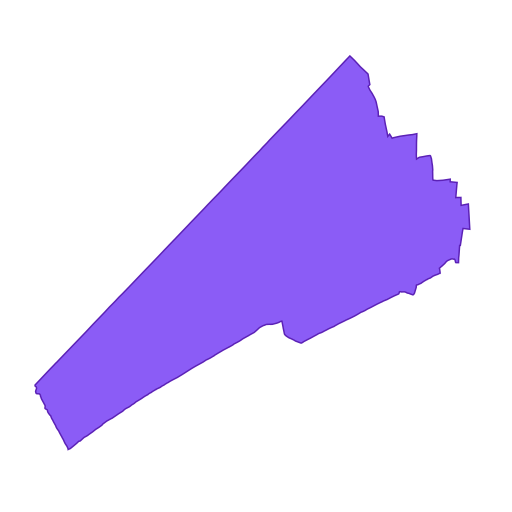 the district of Bang Bon, Bangkok Metropolis, Thailand, rotated 184°
{"feature_id": "78962969B77948152062617", "entity_name": "Bang Bon", "entity_type": "district", "adm_level": 2, "iso_a3": "THA", "parent_name": "Thailand", "parent_adm1": "Bangkok Metropolis", "projection": "equal_earth", "projection_center": [100.393, 13.657], "detail": "fine", "context": "isolated", "style": "filled", "palette": "violet", "viewbox_px": 512, "rotation_deg": 184, "n_neighbors": 0, "source": "geoboundaries", "source_scale": "gbopen_adm2", "svg_char_len": 5848}
<svg xmlns="http://www.w3.org/2000/svg" viewBox="0 0 512 512"><g transform="rotate(184 256 256)"><path d="M467.4,111.9L467.4,111.7L467.3,110.9L467.2,110.8L467.1,110.7L466.6,110.4L466.4,110.3L466.2,110.2L466.0,109.8L465.9,109.6L465.7,109.1L465.7,108.9L465.7,108.6L465.8,108.0L466.2,106.7L466.3,106.0L466.4,105.6L466.4,105.4L466.1,104.5L465.8,103.8L465.7,103.6L465.4,103.4L464.8,103.4L463.8,103.3L462.9,103.4L462.6,103.4L462.1,103.1L461.7,102.6L461.5,102.3L461.4,102.1L461.3,101.8L461.2,101.2L461.0,100.6L460.6,100.0L460.2,98.8L459.9,98.3L459.2,97.2L457.4,94.4L456.8,93.4L456.0,92.2L455.9,91.8L455.8,91.4L455.9,90.7L455.9,89.7L455.9,89.4L455.6,89.0L455.4,88.9L455.1,88.7L454.3,88.4L453.8,88.1L453.5,87.9L453.3,87.6L453.2,87.2L453.0,86.3L452.9,86.0L452.5,85.4L452.1,84.8L451.1,83.6L450.5,82.9L449.7,82.4L449.6,82.1L448.7,80.1L448.1,79.1L447.7,78.7L446.2,76.1L445.9,75.7L444.9,74.1L444.2,73.1L443.8,72.3L443.4,71.4L442.7,70.3L441.8,69.1L441.6,68.8L441.2,68.5L440.7,67.9L439.7,66.1L439.0,65.0L437.8,63.1L437.5,62.7L436.4,60.9L435.2,59.1L434.4,57.5L433.3,55.6L431.3,53.0L430.2,51.0L430.0,50.3L429.9,49.9L429.5,50.2L429.1,50.3L427.9,50.9L426.7,52.0L425.0,53.6L422.5,56.0L421.5,57.0L419.9,58.8L418.8,59.1L418.5,59.2L418.3,59.4L415.2,62.7L414.5,63.3L413.3,64.0L411.5,65.2L410.3,66.3L406.7,69.2L403.8,71.9L400.9,74.0L398.5,76.0L398.0,76.4L397.1,77.7L393.4,80.9L390.2,83.0L388.9,83.8L388.5,84.0L388.3,84.1L382.0,89.1L378.1,91.9L377.4,92.8L376.3,93.8L375.6,94.5L371.9,96.7L370.6,97.8L369.6,98.8L368.4,99.6L367.1,100.6L365.6,102.1L363.0,103.9L360.6,105.6L359.3,106.6L359.0,106.9L356.9,108.5L354.6,110.0L354.4,110.0L354.2,110.3L353.2,111.2L351.9,112.1L351.6,112.2L351.3,112.4L350.5,113.0L350.0,113.5L346.8,115.7L346.7,115.7L346.5,115.8L346.5,116.0L344.4,117.2L343.4,117.8L343.1,117.8L342.7,118.1L342.3,118.5L342.1,118.5L341.9,118.7L341.9,118.8L341.0,119.4L340.5,119.9L339.0,120.7L337.3,122.1L336.8,122.4L335.9,123.1L335.1,123.5L332.8,125.2L331.2,126.2L330.6,126.6L327.1,128.7L325.6,129.6L325.4,129.8L321.7,132.4L317.9,135.2L312.1,139.5L308.6,141.9L301.9,146.2L301.6,146.4L301.3,146.6L298.9,148.5L297.9,149.2L297.5,149.3L294.6,151.0L290.5,153.9L290.4,154.1L287.0,156.5L283.8,158.7L282.1,159.9L274.2,164.8L272.4,166.1L272.0,166.6L268.9,168.5L268.7,168.6L266.7,169.9L265.2,171.0L263.4,172.5L258.0,176.0L257.9,176.0L257.6,176.2L257.5,176.4L255.2,177.9L252.5,179.6L250.1,182.0L247.5,184.8L244.9,186.5L243.7,187.2L242.6,187.6L241.3,188.3L240.7,188.5L237.1,188.9L236.7,188.8L236.3,188.9L235.0,189.0L230.5,190.5L228.5,191.4L228.3,191.5L228.0,191.8L227.3,192.2L226.2,192.7L225.6,192.8L224.2,187.6L223.7,185.6L222.7,182.1L222.2,180.2L221.6,179.4L220.4,178.4L217.6,176.8L215.7,176.1L215.3,176.0L212.5,174.9L210.6,173.9L205.5,172.4L205.0,172.3L204.8,172.3L204.3,172.5L203.1,173.3L202.8,173.7L198.1,176.6L196.2,177.7L192.2,180.3L189.8,181.8L189.0,182.4L187.7,183.2L187.1,183.5L186.7,183.6L185.2,184.3L183.7,185.2L183.0,185.7L181.3,186.7L181.1,186.8L178.4,188.5L175.3,190.2L173.2,191.2L172.8,191.6L168.7,194.3L166.4,195.6L162.6,197.8L162.2,198.1L158.3,200.2L156.2,201.4L153.5,203.0L150.9,204.7L148.6,206.3L147.4,207.2L145.8,207.9L143.5,209.2L141.1,210.9L138.1,212.6L134.4,214.9L131.8,216.5L128.5,218.4L126.8,219.3L125.8,220.0L124.5,220.6L123.7,221.0L123.2,221.4L122.7,221.4L122.1,221.8L118.2,224.2L115.1,226.0L112.8,227.2L111.1,228.1L110.9,228.3L110.7,228.9L110.4,230.3L109.8,230.5L109.2,230.4L108.6,230.3L105.5,230.6L104.2,230.4L103.0,229.8L101.9,229.5L100.7,229.4L99.7,229.0L96.9,228.2L96.7,228.2L96.2,228.5L95.8,229.1L95.3,230.1L94.0,235.9L94.0,238.1L93.8,238.3L93.3,238.4L92.4,238.7L91.1,239.5L89.6,240.2L88.8,240.9L86.8,242.5L84.6,244.0L84.3,244.3L84.1,244.3L83.6,244.5L83.4,244.8L81.8,245.7L80.6,246.2L79.2,247.3L78.3,248.1L77.0,248.8L76.3,249.2L74.7,249.9L73.5,250.4L72.3,251.1L71.5,251.6L71.2,251.6L71.2,252.4L71.8,255.3L72.2,256.6L72.0,256.8L68.5,260.3L67.2,261.7L65.9,263.5L64.7,264.7L63.4,265.4L61.5,266.4L60.8,266.7L59.6,266.8L59.1,266.7L58.5,266.6L57.8,266.7L57.5,266.4L57.2,266.0L56.4,263.5L56.1,263.3L55.9,263.3L53.5,263.5L53.6,265.4L53.6,266.3L53.7,268.0L53.7,268.4L53.6,271.1L53.6,271.8L53.6,273.2L53.6,274.1L53.6,280.7L52.9,280.8L51.8,294.3L51.4,297.9L44.6,297.6L46.3,311.0L47.8,322.7L50.2,322.1L54.9,320.8L55.3,324.5L55.7,328.7L58.9,328.4L59.4,328.4L60.8,328.2L60.6,341.0L60.5,343.4L67.5,343.6L67.6,346.2L74.8,344.6L80.8,343.8L84.6,344.0L84.8,344.3L85.1,345.9L85.6,351.6L85.7,352.4L85.7,354.3L86.3,358.4L87.0,361.4L87.6,364.4L87.7,365.0L88.0,365.8L88.5,367.0L88.7,367.6L88.9,368.0L89.2,368.3L89.5,368.3L89.8,368.3L92.7,367.7L95.3,367.0L96.8,366.6L99.5,366.0L99.9,365.8L100.5,365.5L102.6,363.9L103.0,366.6L103.2,368.9L103.3,372.5L103.6,377.0L103.8,380.2L103.9,382.7L104.0,387.2L104.1,388.9L104.1,389.2L108.5,388.0L111.9,387.4L120.7,385.5L127.1,383.6L128.4,383.0L131.2,386.9L132.9,384.5L134.0,388.9L136.2,396.5L137.2,400.6L137.9,403.7L139.4,404.1L140.5,404.3L143.7,404.0L144.1,408.3L144.3,409.1L144.6,410.1L145.6,413.5L146.6,417.0L147.0,418.3L148.0,420.6L149.2,422.7L151.6,426.4L153.9,429.4L155.5,432.2L155.9,433.1L155.7,433.5L154.4,434.9L154.8,436.5L156.9,445.2L157.0,445.4L165.2,452.1L171.4,458.0L176.3,462.1L179.4,458.4L194.4,440.1L199.6,433.8L205.7,426.5L211.5,419.5L220.3,408.8L226.2,401.8L228.1,399.5L233.4,393.1L240.8,384.3L244.3,380.1L250.5,372.7L252.9,369.6L256.9,364.9L259.9,361.0L262.0,358.6L263.6,356.7L264.7,355.4L268.5,350.8L274.5,343.5L285.0,331.0L291.9,322.7L296.3,317.3L303.6,308.7L307.7,303.8L310.7,300.1L315.3,294.6L323.9,284.3L326.1,281.6L332.1,274.4L336.6,269.0L337.8,267.5L338.6,266.6L343.3,261.0L344.0,260.1L347.6,255.8L353.6,248.5L367.5,231.9L378.8,218.3L386.6,209.0L389.9,205.3L393.1,201.3L395.9,198.0L398.6,194.9L403.0,189.4L413.7,176.6L420.2,168.6L429.9,157.0L444.7,139.3L447.5,135.9L448.4,135.0L449.5,133.6L451.6,131.1L452.8,129.7L454.6,127.5L456.0,125.8L467.4,111.9Z" fill="#8b5cf6" stroke="#5b21b6" stroke-width="1.5"/></g></svg>